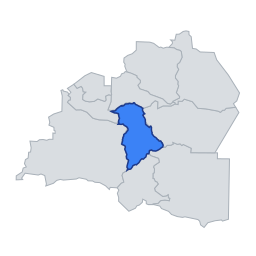 map of Central African Republic with Democratic Republic of the Congo, Sudan, Chad and 6 others greyed out, rotated 91°
{"feature_id": "CAF", "entity_name": "Central African Republic", "entity_type": "country or territory", "adm_level": 0, "iso_a3": "CAF", "parent_name": "Africa", "parent_adm1": "", "projection": "natural_earth1", "projection_center": [20.084, 6.633], "detail": "fine", "context": "with_neighbors", "style": "filled", "palette": "blue", "viewbox_px": 256, "rotation_deg": 91, "n_neighbors": 9, "source": "natural_earth", "source_scale": "50m", "svg_char_len": 9581}
<svg xmlns="http://www.w3.org/2000/svg" viewBox="0 0 256 256"><g transform="rotate(91 128 128)"><path d="M179.9,178.8L181.2,191.6L180.6,194.8L181.6,198.3L184.6,201.6L187.4,209.2L185.4,208.6L177.0,210.4L175.5,214.2L176.6,216.9L175.0,230.1L180.0,233.5L181.4,232.4L181.8,238.9L177.8,238.9L173.8,233.0L169.9,232.1L168.7,229.0L165.5,230.9L161.4,230.0L159.7,227.3L154.0,226.9L153.7,225.0L149.5,224.5L142.8,225.8L143.1,218.6L141.3,216.4L141.0,212.7L141.7,209.0L140.7,206.7L140.6,202.9L134.3,203.0L134.7,200.8L132.1,200.8L131.8,201.9L128.6,202.1L126.5,207.1L123.6,206.3L118.5,207.6L115.3,202.5L112.5,194.4L97.1,194.3L91.6,195.7L90.9,193.9L92.2,193.2L93.2,189.0L95.1,187.8L96.5,188.4L98.3,186.1L101.1,186.1L101.4,187.8L103.4,188.9L110.8,180.3L110.6,175.3L112.9,169.4L118.7,163.4L119.3,161.5L120.3,157.2L120.6,148.4L123.2,141.4L124.0,133.6L126.0,130.5L128.8,128.6L136.4,132.9L144.1,134.6L146.4,130.5L148.8,131.1L154.6,128.1L156.6,129.4L158.3,129.2L159.1,127.7L161.0,127.2L168.3,128.0L170.0,127.4L173.2,132.3L175.5,133.1L182.2,131.2L183.4,133.8L188.0,137.8L187.7,144.8L189.8,145.6L186.2,149.4L183.1,155.3L182.8,160.2L181.6,162.5L181.5,167.0L180.0,168.7L178.6,176.1L179.9,178.8Z" fill="#d9dde1" stroke="#a8b0b8" stroke-width="1"/><path d="M155.3,109.3L151.4,106.7L149.6,104.9L150.0,98.1L147.0,94.3L146.5,90.2L144.6,88.5L144.5,84.9L143.4,82.6L141.6,83.0L143.5,78.2L142.9,75.7L144.6,73.9L143.5,72.5L147.2,64.3L151.6,64.7L151.3,38.1L157.2,38.1L157.1,26.0L217.5,26.0L219.4,31.9L218.3,33.0L219.2,39.3L221.3,46.5L226.1,50.2L223.6,53.7L219.9,54.7L218.3,56.5L215.8,69.5L216.4,71.9L215.7,77.1L213.7,83.0L210.6,86.0L208.0,93.1L205.5,94.8L204.1,101.1L204.2,106.5L204.1,101.8L203.4,101.7L202.8,96.6L200.1,94.3L199.4,89.9L200.0,85.4L197.6,85.0L197.2,86.4L194.1,86.7L195.4,88.4L195.9,92.1L190.5,99.7L187.8,100.4L183.5,96.8L181.5,98.1L181.0,99.8L178.3,101.0L178.1,102.2L173.0,102.2L172.3,101.0L168.5,100.8L166.7,101.8L165.2,101.3L161.6,96.1L157.9,96.9L155.2,105.1L151.8,106.9L155.3,109.3Z" fill="#d9dde1" stroke="#a8b0b8" stroke-width="1"/><path d="M151.3,40.7L151.6,64.7L147.2,64.3L143.5,72.5L144.6,73.9L142.9,75.7L143.5,78.2L141.6,83.0L143.4,82.6L144.5,84.9L144.6,88.5L146.5,90.2L146.4,91.7L143.2,92.7L140.5,95.2L136.8,101.8L131.9,104.6L125.4,104.7L125.9,106.9L121.0,111.3L114.5,113.6L112.3,112.2L111.4,113.7L107.1,114.2L107.9,112.5L105.5,105.9L103.3,104.8L100.2,101.3L101.4,98.5L108.1,98.7L105.3,93.2L105.2,85.2L103.1,81.3L103.7,78.5L100.3,78.3L100.4,74.4L98.2,72.2L100.5,64.2L107.1,58.5L107.5,50.7L109.5,38.4L110.7,35.8L108.6,33.7L108.5,31.8L106.6,30.2L105.4,20.7L110.6,17.4L151.3,40.7Z" fill="#d9dde1" stroke="#a8b0b8" stroke-width="1"/><path d="M105.4,20.7L106.6,30.2L108.5,31.8L108.6,33.7L110.7,35.8L109.5,38.4L107.5,50.7L107.1,58.5L100.5,64.2L98.2,72.2L100.4,74.4L100.3,78.3L103.7,78.5L103.1,81.3L101.7,81.7L101.5,83.6L100.5,83.7L97.1,77.1L95.9,76.9L91.8,80.3L85.0,78.1L83.5,79.0L80.5,78.8L77.4,81.4L74.8,81.5L68.5,78.4L66.1,79.9L63.4,79.8L61.5,77.5L56.4,75.2L50.8,76.0L49.5,77.3L48.7,80.7L47.1,83.2L46.7,88.6L42.8,85.1L41.0,85.1L39.2,86.9L39.4,82.7L33.4,81.4L33.3,78.4L30.5,74.5L29.9,71.7L30.4,68.8L33.7,68.6L35.6,66.4L47.3,64.9L47.8,61.2L50.7,57.2L51.0,43.2L58.3,40.5L73.3,28.6L91.0,17.1L99.0,19.7L101.8,23.0L105.4,20.7Z" fill="#d9dde1" stroke="#a8b0b8" stroke-width="1"/><path d="M41.5,121.2L41.8,107.6L42.9,103.8L47.0,98.2L46.5,96.6L47.6,94.2L46.5,90.6L47.1,83.2L48.7,80.7L49.5,77.3L50.8,76.0L56.4,75.2L61.5,77.5L63.4,79.8L66.1,79.9L68.5,78.4L74.8,81.5L77.4,81.4L80.5,78.8L83.5,79.0L85.0,78.1L91.8,80.3L95.9,76.9L97.1,77.1L100.5,83.7L101.5,83.6L103.5,86.0L102.7,89.1L98.3,93.8L94.0,106.3L91.2,108.8L88.7,116.8L85.1,118.9L82.2,116.4L80.2,116.5L77.1,120.0L75.6,120.1L71.7,130.2L66.3,132.3L64.3,132.0L62.3,133.4L58.1,133.2L55.4,129.5L53.7,125.1L50.0,121.1L41.5,121.2Z" fill="#d9dde1" stroke="#a8b0b8" stroke-width="1"/><path d="M103.1,81.3L105.2,85.2L105.3,93.2L108.1,98.7L101.4,98.5L100.2,101.3L103.3,104.8L105.5,105.9L107.9,112.5L104.4,120.3L103.2,121.4L102.8,130.4L105.3,133.5L107.7,138.8L110.0,140.8L110.8,145.3L110.4,148.5L102.1,145.5L77.6,145.2L78.4,140.4L76.4,136.4L74.0,135.4L73.0,132.7L71.6,131.8L73.1,125.9L75.6,120.1L77.1,120.0L80.2,116.5L82.2,116.4L85.1,118.9L88.7,116.8L91.2,108.8L94.0,106.3L98.3,93.8L102.7,89.1L103.5,86.0L101.5,83.6L101.7,81.7L103.1,81.3Z" fill="#d9dde1" stroke="#a8b0b8" stroke-width="1"/><path d="M123.5,137.8L123.2,141.4L120.6,148.4L120.3,157.2L119.3,161.5L118.7,163.4L112.9,169.4L110.6,175.3L110.8,180.3L103.4,188.9L101.4,187.8L101.1,186.1L98.3,186.1L96.5,188.4L93.2,185.7L89.5,189.3L85.2,182.9L89.2,179.6L87.2,175.6L89.0,174.1L92.5,173.4L92.9,170.7L95.7,173.6L100.3,173.8L101.9,171.0L102.5,167.0L102.0,162.3L99.5,158.7L101.8,151.7L100.5,150.5L96.6,151.0L95.1,147.9L95.5,145.3L102.1,145.5L110.4,148.5L110.8,145.3L113.6,139.6L116.7,136.4L123.5,137.8Z" fill="#d9dde1" stroke="#a8b0b8" stroke-width="1"/><path d="M86.1,145.3L91.8,145.7L94.9,144.9L95.5,145.3L95.1,147.9L96.6,151.0L100.5,150.5L101.8,151.7L99.5,158.7L102.0,162.3L102.5,167.0L101.9,171.0L100.3,173.8L95.7,173.6L92.9,170.7L92.5,173.4L89.0,174.1L87.2,175.6L89.2,179.6L85.2,182.9L76.4,171.9L73.2,165.6L76.8,152.8L86.2,152.6L86.1,145.3Z" fill="#d9dde1" stroke="#a8b0b8" stroke-width="1"/><path d="M188.0,137.8L183.4,133.8L182.2,131.2L175.5,133.1L173.2,132.3L169.1,125.5L165.2,123.1L163.9,119.4L158.2,113.7L158.2,111.7L151.8,106.9L155.2,105.1L157.9,96.9L161.6,96.1L165.2,101.3L166.7,101.8L168.5,100.8L172.3,101.0L173.0,102.2L178.1,102.2L178.3,101.0L181.0,99.8L181.5,98.1L183.5,96.8L187.8,100.4L190.5,99.7L195.9,92.1L195.4,88.4L194.1,86.7L197.2,86.4L197.6,85.0L200.0,85.4L199.4,89.9L200.1,94.3L202.8,96.6L203.4,101.7L204.1,101.8L204.2,106.5L203.4,108.4L200.7,108.5L198.9,112.0L202.1,112.4L204.8,115.3L205.7,117.8L208.1,119.2L211.2,125.7L201.4,136.1L197.7,136.1L193.5,137.5L190.2,136.1L188.0,137.8Z" fill="#d9dde1" stroke="#a8b0b8" stroke-width="1"/><path d="M153.1,106.7L153.4,106.7L153.5,107.0L153.3,107.9L153.5,108.4L153.9,108.9L154.3,109.1L154.8,109.2L156.2,109.5L156.8,109.8L157.6,110.9L158.6,111.8L158.9,112.3L158.8,112.8L158.5,113.3L158.6,113.6L159.0,114.1L159.6,114.7L160.5,115.3L162.2,116.3L163.0,117.0L163.3,117.5L163.7,118.0L164.3,118.5L164.7,118.9L164.4,120.0L164.5,120.4L164.7,120.7L165.0,121.1L165.1,121.6L165.5,122.3L165.9,122.6L166.6,122.8L167.0,123.1L167.7,123.6L168.5,124.1L168.8,124.4L169.0,124.7L169.1,125.0L169.2,125.4L169.2,126.1L169.4,127.0L169.8,127.7L170.1,128.1L168.6,127.6L168.4,127.6L168.1,127.7L167.4,128.3L167.1,128.4L166.8,128.3L166.1,128.3L163.7,127.7L161.9,127.2L161.3,127.1L160.4,126.9L159.7,127.2L159.1,128.4L158.9,128.6L158.0,129.0L157.5,128.9L156.4,129.2L154.7,128.7L154.1,128.8L153.6,129.1L152.4,129.6L151.6,129.9L150.8,130.2L149.9,130.6L149.4,130.8L148.8,130.8L148.4,130.6L147.8,130.4L147.2,130.3L146.5,130.4L145.9,130.9L145.7,131.2L145.2,132.1L144.6,133.6L144.4,133.8L144.2,134.0L141.5,133.3L140.4,133.1L139.6,133.3L138.6,132.9L138.2,132.9L138.0,133.0L137.5,132.8L136.6,132.3L135.7,132.1L135.0,132.2L134.5,132.0L134.1,131.5L133.6,130.7L132.8,129.8L131.6,129.1L130.9,128.6L130.6,128.2L130.0,128.0L129.0,128.0L128.1,128.3L126.7,129.4L125.5,131.7L124.8,132.5L124.3,132.7L124.1,133.3L124.4,134.1L124.5,135.1L124.3,136.7L124.4,138.0L124.1,137.8L123.8,137.2L123.6,137.1L122.8,137.3L122.4,137.6L122.2,137.8L121.8,137.5L121.6,137.5L121.2,137.5L120.9,137.5L120.7,137.5L120.2,137.3L118.8,136.8L118.5,136.7L118.2,136.7L117.5,137.1L117.1,137.2L116.0,137.5L114.7,137.6L114.3,137.6L113.9,137.8L113.7,138.0L113.6,138.6L113.3,139.6L113.2,139.8L113.3,140.2L113.2,140.9L113.1,141.5L113.2,141.9L112.8,142.6L112.4,143.6L112.1,144.4L111.7,145.2L111.5,144.7L111.3,144.0L111.2,143.3L111.3,143.1L111.2,142.8L111.1,142.2L111.2,141.8L111.1,141.4L110.8,141.0L110.5,140.7L110.4,140.4L110.0,140.2L109.6,140.1L109.1,139.5L108.6,138.9L107.9,138.1L107.4,137.4L106.8,136.6L106.2,135.9L105.9,135.1L105.7,134.7L105.9,134.7L106.2,134.7L106.3,134.6L106.3,134.4L106.0,133.8L105.9,133.1L105.7,132.6L105.0,132.0L104.4,131.4L104.2,131.2L104.0,130.8L103.8,128.4L103.7,127.7L103.5,127.4L103.3,127.3L103.3,127.1L103.3,126.7L103.4,126.3L103.4,126.1L103.6,125.8L103.6,123.6L103.5,123.4L103.4,123.2L103.2,123.3L103.0,123.2L102.8,122.9L102.6,122.5L102.7,122.2L102.8,122.0L103.0,121.8L103.3,121.6L104.0,121.2L104.4,120.8L104.4,120.5L104.9,119.4L105.5,118.2L105.8,118.0L106.0,117.3L106.4,116.3L106.6,115.9L106.7,115.5L106.9,115.1L107.6,114.5L108.1,113.5L108.7,113.6L109.2,113.8L110.0,113.8L110.6,113.6L111.0,113.3L111.8,112.9L112.8,112.6L112.9,112.0L113.2,111.8L113.5,111.5L113.9,112.2L114.3,112.8L114.9,113.4L115.1,113.3L115.4,112.9L116.4,112.6L116.6,112.5L117.3,111.8L118.1,111.4L118.3,111.3L118.6,111.2L119.4,110.8L120.0,110.8L120.9,110.8L122.4,110.6L123.6,110.5L124.1,110.4L124.3,110.3L124.5,109.7L125.1,109.2L125.9,108.2L126.5,107.4L126.6,107.1L127.0,106.7L126.7,106.4L125.8,105.6L125.8,105.4L126.2,105.0L126.7,104.7L127.2,104.5L128.5,104.6L129.6,104.5L129.9,104.5L130.8,104.3L131.4,104.2L132.0,103.8L133.4,103.9L134.5,103.0L134.9,102.8L135.0,102.7L135.6,102.2L136.2,101.5L136.7,100.8L136.8,100.3L138.2,98.8L138.6,98.8L138.8,98.6L139.4,97.5L139.5,97.3L139.8,97.3L140.1,97.2L140.3,96.8L140.5,96.4L140.6,95.8L140.4,95.4L140.4,95.1L140.6,94.9L140.8,94.7L141.8,94.2L142.0,93.9L142.2,93.6L142.5,93.6L142.8,93.6L143.0,93.5L143.2,93.2L143.9,92.9L144.5,92.6L145.2,92.7L145.8,92.8L146.2,93.0L146.4,93.0L146.8,93.8L147.0,94.1L148.5,95.8L148.8,96.3L149.5,97.5L150.0,98.4L150.5,99.7L150.6,100.3L150.5,100.9L150.4,102.6L150.3,103.1L149.6,103.9L149.6,104.3L149.7,104.7L149.9,104.8L150.0,105.0L150.0,105.7L150.2,106.1L150.7,106.3L152.0,106.4L152.6,106.5L153.1,106.7Z" fill="#3b82f6" stroke="#1e3a8a" stroke-width="1.5"/></g></svg>